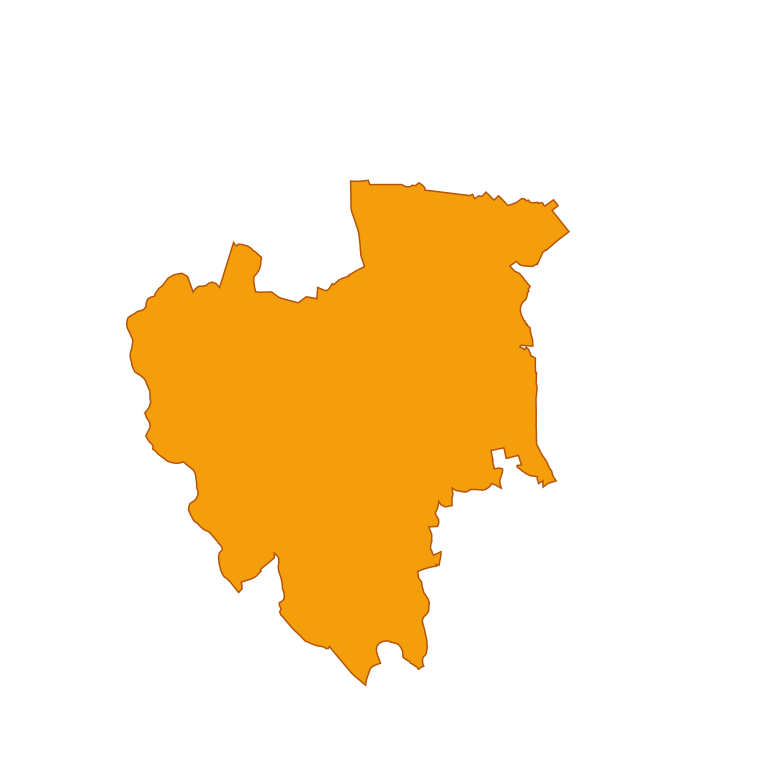 the district of Colipa, Veracruz, Mexico, rotated 135°
{"feature_id": "50627088B43459310731784", "entity_name": "Colipa", "entity_type": "district", "adm_level": 2, "iso_a3": "MEX", "parent_name": "Mexico", "parent_adm1": "Veracruz", "projection": "robinson", "projection_center": [-96.707, 19.935], "detail": "fine", "context": "isolated", "style": "filled", "palette": "amber", "viewbox_px": 768, "rotation_deg": 135, "n_neighbors": 0, "source": "geoboundaries", "source_scale": "gbopen_adm2", "svg_char_len": 6159}
<svg xmlns="http://www.w3.org/2000/svg" viewBox="0 0 768 768"><g transform="rotate(135 384 384)"><path d="M593.6,501.5L593.0,498.0L593.3,494.7L591.7,482.5L588.6,476.9L587.4,475.4L585.3,473.3L581.1,470.8L580.6,469.6L580.8,467.3L580.0,462.2L579.7,457.6L580.6,454.8L582.3,452.0L586.8,446.1L588.5,444.5L589.9,442.9L591.7,439.2L593.7,437.3L598.4,435.5L601.0,435.7L605.6,436.7L606.5,436.4L608.7,435.2L611.2,433.3L613.4,427.9L614.2,424.8L615.2,422.0L614.9,419.2L614.4,416.9L614.6,413.8L614.5,409.4L614.2,407.8L612.5,403.8L612.4,399.9L613.1,391.6L614.0,383.2L615.9,381.0L619.7,381.1L621.7,379.7L623.2,378.8L627.5,373.7L631.5,366.9L632.5,364.3L633.4,360.2L632.8,359.1L632.7,352.9L634.2,339.3L628.9,339.6L628.0,341.1L626.9,341.9L625.1,344.8L616.2,340.3L613.5,339.2L610.0,338.4L606.5,338.7L603.2,338.6L602.4,340.1L599.0,340.0L593.4,339.3L584.6,338.6L581.1,342.2L581.1,339.2L581.5,335.3L583.4,333.5L585.1,331.6L587.7,329.9L589.9,327.4L591.4,324.9L593.1,321.3L594.9,318.1L597.8,314.0L600.4,311.4L601.8,308.0L604.1,304.9L606.9,302.6L610.8,302.7L612.6,303.4L614.5,301.4L615.9,297.5L618.9,296.7L620.3,293.6L620.2,291.4L621.6,275.1L621.3,264.7L621.4,257.8L620.1,255.0L618.6,250.7L615.9,245.4L612.5,240.8L612.1,238.1L610.5,236.3L608.3,236.9L610.9,208.2L611.3,202.7L611.3,198.8L610.0,184.1L605.7,187.2L598.5,190.8L594.8,192.5L591.7,192.3L588.8,191.4L583.9,189.0L583.2,190.5L580.6,196.3L578.1,200.8L574.6,203.6L571.1,204.2L566.3,202.5L562.9,199.5L561.5,196.1L561.2,195.8L558.4,191.2L558.0,188.2L558.5,185.4L559.9,181.8L561.9,179.4L563.5,177.8L563.6,175.5L563.0,172.3L562.2,170.3L562.6,167.6L561.7,165.0L561.7,163.1L560.7,160.9L561.5,157.9L557.5,157.3L555.4,156.3L554.6,158.5L552.9,160.6L551.1,162.4L549.2,163.1L545.1,163.3L542.3,165.4L539.7,167.0L537.1,170.3L535.8,171.4L534.0,174.0L531.8,177.6L528.9,181.8L526.6,186.2L524.0,189.9L520.3,191.3L517.1,191.0L513.4,191.8L511.2,193.3L509.3,195.3L507.1,196.7L505.9,198.6L504.9,200.9L504.5,202.3L504.3,203.6L503.7,205.6L503.5,208.2L502.2,210.2L500.4,213.5L497.3,217.6L496.8,222.1L492.8,227.5L489.2,226.1L485.4,224.3L480.0,221.2L475.5,218.0L475.0,218.3L474.7,219.4L474.0,218.5L473.3,216.9L465.2,222.4L462.3,225.1L470.0,227.9L469.0,231.2L468.3,231.8L467.9,233.9L466.8,235.5L463.4,238.2L461.6,238.7L461.4,239.1L456.6,243.9L453.4,251.3L446.9,245.5L444.0,246.6L441.3,249.5L440.3,252.7L439.5,256.0L437.0,257.2L433.2,258.6L428.3,262.2L429.1,258.4L427.5,253.7L421.8,249.9L416.7,255.3L413.8,256.8L411.2,259.8L409.4,262.2L408.3,257.5L406.3,255.1L404.5,252.0L402.6,249.8L399.5,248.5L398.0,248.6L394.5,245.4L391.2,241.6L389.2,239.1L386.7,237.6L382.8,236.8L380.1,236.9L378.6,237.7L376.6,234.0L374.8,227.4L372.1,232.0L369.7,234.3L362.6,237.9L360.2,240.0L361.7,242.9L365.9,246.0L361.8,253.0L361.2,252.6L355.4,261.3L344.4,254.1L350.2,244.9L339.6,238.6L339.9,238.2L339.7,238.0L344.0,229.6L347.6,232.3L348.5,231.3L347.6,223.7L346.7,219.4L345.0,215.0L343.9,214.0L341.1,210.1L343.0,208.2L345.1,204.2L340.1,203.2L344.5,198.6L338.1,197.6L330.7,193.8L330.1,197.3L329.5,199.8L327.0,203.9L326.4,207.6L325.8,209.6L324.8,211.7L323.5,215.3L322.8,219.8L322.0,223.4L318.5,233.8L311.0,241.5L307.3,245.4L306.8,246.1L297.3,255.4L287.2,265.9L280.9,270.9L278.5,273.1L277.0,275.1L276.2,276.6L268.1,284.2L268.8,284.7L266.8,287.1L264.7,289.3L258.6,295.2L260.2,300.7L258.6,302.2L258.5,303.6L258.1,304.3L257.3,306.5L257.5,309.5L260.2,308.7L260.5,311.3L261.6,313.3L261.7,314.3L259.7,314.5L252.0,305.5L248.1,309.7L244.3,316.1L242.3,319.0L241.0,320.4L240.9,321.2L241.3,323.1L241.3,323.9L241.1,323.6L240.6,325.2L240.8,326.6L239.7,329.1L240.2,329.8L239.8,330.6L238.3,335.1L236.4,338.6L234.1,341.1L230.8,343.0L227.9,343.6L223.4,343.6L221.1,344.8L218.3,346.8L215.6,347.4L215.2,349.0L211.7,349.6L211.2,355.8L210.4,361.9L210.1,366.5L211.8,371.3L211.6,378.4L203.7,377.1L203.7,372.4L202.6,370.1L196.8,363.0L195.3,361.8L191.2,361.1L191.2,360.1L178.5,364.8L174.5,364.4L174.6,363.8L160.3,362.8L145.5,360.9L142.4,387.9L134.8,387.0L133.8,394.3L144.5,396.2L144.7,397.1L144.6,398.1L143.8,399.4L144.6,401.1L147.2,402.5L146.7,403.7L148.2,404.8L149.5,406.0L150.6,406.8L151.4,407.7L152.3,409.2L151.9,410.7L151.9,412.0L153.9,412.9L153.6,415.0L154.7,416.6L155.4,417.7L163.0,418.8L164.1,420.0L165.3,419.9L170.1,422.7L170.3,423.3L170.1,424.3L169.9,430.1L169.9,436.1L176.1,436.2L176.2,447.5L182.2,447.4L182.2,447.6L184.0,450.0L188.9,450.9L187.2,455.5L189.8,456.2L218.0,492.2L216.4,493.9L216.2,497.1L217.0,501.6L221.4,502.0L223.7,504.7L225.9,504.9L228.2,507.1L229.9,510.1L230.4,512.5L247.6,529.7L253.1,535.0L251.1,539.1L257.1,543.9L259.0,545.6L264.2,551.1L268.4,546.6L283.2,531.4L285.2,528.3L289.5,519.2L291.2,516.1L293.2,511.8L295.3,508.3L302.9,498.8L305.3,496.2L309.5,491.1L311.0,488.4L312.2,485.7L314.8,480.8L322.7,483.4L330.6,485.5L332.0,486.0L332.4,485.2L338.8,488.2L342.3,489.4L349.3,489.8L349.6,491.5L355.8,490.2L358.0,490.4L359.8,492.1L362.6,499.2L371.2,491.8L377.2,500.6L387.3,502.1L395.7,516.7L397.1,519.8L398.4,528.6L407.2,536.9L409.5,540.1L407.8,542.9L405.5,546.1L403.0,549.2L400.4,551.8L396.9,552.0L392.7,552.7L389.8,553.9L386.8,555.6L383.7,558.3L381.2,560.0L381.5,568.3L382.1,570.4L382.1,573.9L382.8,577.8L385.9,583.2L387.1,584.8L388.2,586.0L390.7,586.0L391.0,587.1L390.2,590.5L432.0,568.5L431.7,573.7L433.7,577.8L437.0,579.2L440.0,579.4L442.3,580.9L446.3,584.3L450.3,584.6L454.0,584.0L446.9,598.9L448.5,605.0L451.2,607.1L455.1,609.6L459.0,610.8L462.4,611.5L469.3,610.5L471.9,610.3L475.9,610.8L479.6,610.0L482.2,609.6L484.1,608.4L487.2,610.1L489.7,611.1L491.8,610.9L495.4,609.1L497.2,607.2L499.3,606.8L501.8,606.7L506.7,609.4L508.5,610.0L510.0,609.9L513.2,611.0L516.2,611.7L518.7,611.7L521.9,609.7L524.7,607.1L526.5,603.8L527.7,599.7L529.1,596.5L529.9,593.9L531.0,592.2L536.6,587.9L541.9,585.0L545.3,581.4L546.2,579.5L547.6,577.3L548.9,575.7L550.0,573.1L551.6,568.9L551.2,566.3L550.3,562.9L549.8,557.9L550.4,554.7L551.8,551.7L552.9,548.8L554.0,546.3L554.8,544.0L556.4,542.8L557.1,541.7L559.2,539.7L561.8,536.2L564.3,534.8L566.7,533.6L570.4,533.0L573.8,532.7L573.7,532.1L575.6,528.5L576.4,524.5L577.5,521.8L579.7,519.0L582.9,517.7L585.4,517.1L586.3,516.7L589.2,515.7L590.2,512.2L590.8,508.7L590.6,506.3L591.3,503.2L593.6,501.5Z" fill="#f59e0b" stroke="#b45309" stroke-width="1.5"/></g></svg>